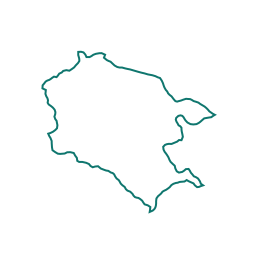 the district of São José do Rio Preto, São Paulo, Brazil, rotated 125°
{"feature_id": "56859067B4650924298667", "entity_name": "São José do Rio Preto", "entity_type": "district", "adm_level": 2, "iso_a3": "BRA", "parent_name": "Brazil", "parent_adm1": "São Paulo", "projection": "mercator", "projection_center": [-49.362, -20.784], "detail": "fine", "context": "isolated", "style": "outline", "palette": "teal", "viewbox_px": 256, "rotation_deg": 125, "n_neighbors": 0, "source": "geoboundaries", "source_scale": "gbopen_adm2", "svg_char_len": 3053}
<svg xmlns="http://www.w3.org/2000/svg" viewBox="0 0 256 256"><g transform="rotate(125 128 128)"><path d="M135.4,221.3L137.2,222.1L139.6,222.2L142.0,222.4L144.6,220.8L144.0,217.1L147.4,215.2L148.9,213.1L149.8,211.1L151.2,209.4L153.4,208.3L154.2,206.5L154.2,203.5L154.4,201.2L155.1,198.6L156.6,196.6L158.3,195.6L160.9,194.8L162.4,192.7L163.1,190.6L164.4,189.3L166.2,187.4L169.0,186.0L171.4,186.4L174.1,187.3L176.6,188.7L178.4,190.1L179.7,188.0L180.7,185.7L182.4,183.1L184.3,181.7L187.4,179.2L189.5,177.1L189.5,173.8L189.3,170.8L188.2,168.8L186.8,167.1L185.2,165.2L182.8,163.9L180.9,161.4L179.6,158.1L180.9,155.5L181.8,152.8L184.0,150.7L183.8,148.5L182.0,146.0L180.5,142.3L179.9,139.3L180.6,136.9L180.4,134.4L178.4,132.8L176.5,130.6L176.8,127.0L175.9,123.4L175.4,121.6L174.4,119.5L174.3,116.5L173.7,114.7L173.9,112.8L175.0,110.8L175.9,108.4L176.0,105.7L176.8,103.8L177.7,102.1L178.1,99.8L178.2,96.9L179.3,94.7L179.6,92.6L178.9,89.6L179.4,86.4L180.2,84.8L180.6,82.7L180.1,81.0L179.3,79.3L179.2,77.2L179.4,74.7L180.2,72.9L181.0,70.6L180.0,67.5L179.9,64.4L182.2,63.1L184.3,62.1L181.5,60.4L179.4,59.9L177.5,60.0L175.7,60.6L173.8,61.6L171.8,63.0L169.4,64.3L166.7,64.3L164.4,63.7L162.7,63.3L160.4,63.2L158.8,62.5L156.7,61.3L154.8,60.6L152.6,59.9L149.9,59.7L147.7,58.8L145.6,57.3L144.3,55.9L142.6,54.8L140.9,52.8L139.4,51.0L137.0,50.1L136.8,47.8L136.2,44.5L135.8,42.6L136.6,40.3L136.8,37.5L135.6,36.1L133.8,35.0L131.9,33.6L131.9,36.3L130.4,38.5L129.2,41.7L129.3,44.1L129.8,46.4L129.1,48.6L128.6,50.8L127.5,52.9L126.8,54.9L128.5,57.0L130.9,57.6L132.9,58.4L135.3,60.7L135.5,63.2L134.0,66.0L132.1,68.1L131.8,70.6L131.3,73.7L130.4,75.6L128.8,78.1L127.8,80.4L127.1,82.3L126.5,84.3L125.3,86.5L123.2,88.4L120.6,88.0L119.0,86.9L117.5,85.4L116.1,83.2L113.6,81.6L110.9,79.9L108.6,79.3L107.3,77.2L103.8,78.0L102.1,79.7L100.0,82.0L98.7,83.2L97.1,84.4L96.6,86.2L96.8,88.1L95.8,90.0L95.0,91.9L93.8,93.6L92.1,94.3L89.2,93.7L87.5,92.2L86.9,90.5L87.3,88.7L88.1,87.0L88.8,85.3L89.4,82.5L89.0,79.1L87.6,76.5L85.5,74.1L83.2,72.9L81.3,72.3L79.2,71.8L76.4,71.1L74.6,69.3L73.0,67.7L71.4,66.0L69.1,65.2L67.4,64.4L67.7,66.7L67.7,69.0L67.7,70.9L67.1,73.1L66.7,75.3L66.5,77.6L66.7,80.2L66.9,82.9L66.8,84.8L67.5,87.3L68.3,89.7L68.4,91.9L68.7,93.7L69.7,95.3L70.8,97.2L73.0,98.9L75.2,100.4L76.7,101.7L78.2,102.9L78.8,104.6L78.2,107.1L77.1,110.5L77.0,112.9L76.6,115.0L75.6,116.8L75.1,118.9L73.9,121.4L72.7,123.2L71.3,125.0L69.9,127.4L68.7,130.4L69.4,132.7L69.8,135.2L70.8,138.3L71.7,140.3L72.7,142.5L73.8,145.8L75.0,148.8L76.3,152.4L78.8,159.8L79.9,162.3L80.8,164.5L81.9,167.6L83.3,169.6L84.2,171.8L84.5,174.8L84.1,177.7L83.7,180.3L84.2,182.3L84.5,184.3L84.2,188.0L81.1,188.8L81.8,192.5L83.1,194.3L85.7,196.9L87.9,198.4L90.1,199.2L92.0,200.2L93.7,202.7L92.3,205.1L91.6,207.8L92.5,210.2L94.2,212.4L96.8,210.6L98.0,209.1L99.3,207.6L101.0,206.3L103.5,206.2L106.6,206.7L109.3,206.9L111.9,207.8L114.7,208.9L116.0,211.7L118.4,213.8L120.5,214.1L122.9,215.5L125.5,215.5L127.3,215.7L128.4,218.1L130.1,218.8L131.8,219.3L133.6,220.0L135.4,221.3Z" fill="none" stroke="#0f766e" stroke-width="2"/></g></svg>